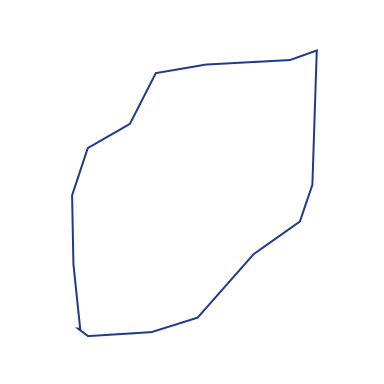 Partille, Västra Götaland, Sweden, rotated 7°
{"feature_id": "70781695B82968096890663", "entity_name": "Partille", "entity_type": "district", "adm_level": 2, "iso_a3": "SWE", "parent_name": "Sweden", "parent_adm1": "Västra Götaland", "projection": "orthographic", "projection_center": [12.147, 57.742], "detail": "fine", "context": "isolated", "style": "outline", "palette": "blue", "viewbox_px": 384, "rotation_deg": 7, "n_neighbors": 0, "source": "geoboundaries", "source_scale": "gbopen_adm2", "svg_char_len": 381}
<svg xmlns="http://www.w3.org/2000/svg" viewBox="0 0 384 384"><g transform="rotate(7 192 192)"><path d="M95.6,341.5L96.2,341.9L106.4,347.7L168.9,336.0L212.9,316.0L260.8,246.1L302.7,208.1L306.6,189.3L310.6,170.2L298.6,36.3L273.1,49.1L190.3,63.8L141.6,78.4L122.1,131.9L83.2,161.1L73.4,209.9L83.1,278.1L97.7,341.5L95.6,341.5Z" fill="none" stroke="#1e3a8a" stroke-width="2"/></g></svg>